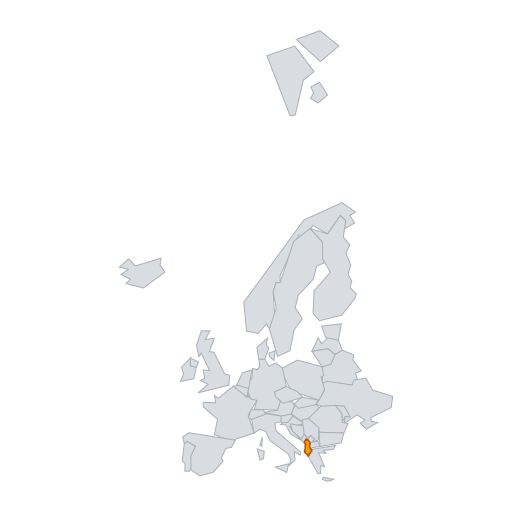 location of Albania within Europe
{"feature_id": "ALB", "entity_name": "Albania", "entity_type": "country or territory", "adm_level": 0, "iso_a3": "ALB", "parent_name": "Europe", "parent_adm1": "", "projection": "mercator", "projection_center": [20.103, 41.151], "detail": "fine", "context": "in_parent", "style": "filled", "palette": "amber", "viewbox_px": 512, "rotation_deg": 0, "n_neighbors": 37, "source": "natural_earth", "source_scale": "50m", "svg_char_len": 8707}
<svg xmlns="http://www.w3.org/2000/svg" viewBox="0 0 512 512"><path d="M266.9,55.7L294.7,46.1L314.0,71.6L303.3,80.2L295.2,115.1L290.1,115.8L266.9,55.7ZM354.6,223.1L343.9,229.0L345.7,220.6L340.3,215.6L327.6,233.9L312.7,225.4L306.9,236.7L298.9,234.9L280.1,275.5L280.2,282.7L276.0,282.6L273.2,291.5L274.8,318.4L269.4,329.0L266.5,323.9L258.2,333.4L246.6,331.2L243.8,302.2L304.0,219.9L342.1,202.6L355.4,212.0L349.9,215.4L354.6,223.1ZM338.9,45.9L320.3,61.6L296.3,39.4L319.8,30.7L338.9,45.9ZM327.5,94.9L318.0,103.0L310.5,98.4L313.5,93.2L310.9,86.7L319.7,82.5L327.5,94.9Z" fill="#d9dde1" stroke="#a8b0b8" stroke-width="1"/><path d="M233.3,386.2L257.0,400.3L248.2,414.8L254.1,433.1L230.4,440.9L214.5,434.6L217.5,419.2L203.5,407.1L203.1,402.4L215.7,402.7L214.4,395.3L218.4,398.2L233.3,386.2ZM259.8,445.2L262.4,437.0L261.8,446.4L259.8,445.2Z" fill="#d9dde1" stroke="#a8b0b8" stroke-width="1"/><path d="M269.4,329.0L276.2,308.2L273.2,291.5L276.0,282.6L280.2,282.7L293.8,241.2L310.2,228.5L322.5,242.1L324.0,263.0L316.7,266.0L313.3,279.2L298.3,295.1L295.2,307.8L302.3,318.7L294.0,330.1L290.0,350.7L277.5,356.3L269.4,329.0Z" fill="#d9dde1" stroke="#a8b0b8" stroke-width="1"/><path d="M342.2,350.2L353.6,354.9L353.1,360.4L361.3,370.9L355.4,372.9L357.5,379.7L352.2,385.0L322.4,383.3L322.2,366.9L330.9,364.2L335.0,354.4L342.2,350.2Z" fill="#d9dde1" stroke="#a8b0b8" stroke-width="1"/><path d="M371.2,421.4L377.6,422.5L366.4,429.1L360.3,423.3L365.1,420.2L357.0,414.9L344.3,423.5L345.1,416.6L350.0,416.7L344.2,406.1L328.1,408.5L316.3,404.1L324.1,391.1L322.4,383.3L326.8,381.2L352.2,385.0L353.8,380.1L365.8,378.1L372.6,390.0L392.6,396.5L391.2,407.5L370.9,417.6L371.2,421.4Z" fill="#d9dde1" stroke="#a8b0b8" stroke-width="1"/><path d="M322.2,366.9L323.6,375.6L321.0,377.0L324.6,389.2L319.2,400.2L291.2,391.1L282.3,373.5L282.5,368.0L297.4,360.1L322.2,366.9Z" fill="#d9dde1" stroke="#a8b0b8" stroke-width="1"/><path d="M294.6,406.0L290.5,415.1L284.7,416.6L262.8,412.5L277.5,410.2L280.3,401.2L292.6,401.8L294.6,406.0Z" fill="#d9dde1" stroke="#a8b0b8" stroke-width="1"/><path d="M316.3,404.1L319.0,407.6L311.8,417.3L300.9,420.7L291.3,414.0L294.6,406.0L316.3,404.1Z" fill="#d9dde1" stroke="#a8b0b8" stroke-width="1"/><path d="M335.5,405.4L344.2,406.1L350.0,416.7L345.1,416.6L342.4,422.4L341.9,414.3L335.5,405.4Z" fill="#d9dde1" stroke="#a8b0b8" stroke-width="1"/><path d="M342.4,422.4L348.2,423.5L343.8,433.0L320.0,432.3L308.4,418.5L320.8,406.2L335.5,405.4L341.9,414.3L342.4,422.4Z" fill="#d9dde1" stroke="#a8b0b8" stroke-width="1"/><path d="M335.0,354.4L330.9,364.2L322.2,366.9L311.9,351.2L328.1,348.6L335.0,354.4Z" fill="#d9dde1" stroke="#a8b0b8" stroke-width="1"/><path d="M338.4,340.1L342.2,350.2L335.0,354.4L328.1,348.6L311.9,351.2L318.2,337.9L321.5,343.7L329.4,336.1L338.4,340.1Z" fill="#d9dde1" stroke="#a8b0b8" stroke-width="1"/><path d="M341.3,323.8L338.4,340.1L325.8,337.5L321.6,326.2L341.3,323.8Z" fill="#d9dde1" stroke="#a8b0b8" stroke-width="1"/><path d="M282.5,368.0L286.3,386.5L274.5,392.1L280.3,401.2L277.5,410.2L254.3,409.2L257.0,400.3L250.9,399.1L248.2,393.0L248.0,381.4L251.6,378.8L252.7,368.5L257.1,369.7L259.9,366.1L258.8,359.3L264.7,359.1L269.0,366.2L275.7,362.9L282.5,368.0Z" fill="#d9dde1" stroke="#a8b0b8" stroke-width="1"/><path d="M318.7,429.9L320.0,432.3L343.8,433.0L341.4,442.8L320.0,446.6L318.7,429.9Z" fill="#d9dde1" stroke="#a8b0b8" stroke-width="1"/><path d="M334.1,479.3L327.5,481.3L322.4,479.4L323.2,477.2L334.1,479.3ZM311.8,449.4L335.5,445.4L333.2,449.5L323.2,450.3L326.2,453.4L318.6,452.7L324.6,466.9L320.7,465.5L320.8,473.4L318.0,473.5L308.1,456.2L311.8,449.4Z" fill="#d9dde1" stroke="#a8b0b8" stroke-width="1"/><path d="M292.9,416.2L304.9,423.9L289.4,426.4L300.9,440.1L290.6,434.2L285.8,424.9L280.5,424.5L292.9,416.2Z" fill="#d9dde1" stroke="#a8b0b8" stroke-width="1"/><path d="M263.3,409.8L266.6,416.3L253.5,420.6L248.2,417.6L251.2,409.7L263.3,409.8Z" fill="#d9dde1" stroke="#a8b0b8" stroke-width="1"/><path d="M247.1,393.3L248.9,397.4L246.7,397.0L247.1,393.3Z" fill="#d9dde1" stroke="#a8b0b8" stroke-width="1"/><path d="M248.7,388.5L246.7,397.0L233.3,386.2L243.7,384.0L248.7,388.5Z" fill="#d9dde1" stroke="#a8b0b8" stroke-width="1"/><path d="M251.9,370.0L248.7,388.5L236.7,384.9L242.6,372.8L251.9,370.0Z" fill="#d9dde1" stroke="#a8b0b8" stroke-width="1"/><path d="M184.3,443.5L187.5,441.3L195.5,446.4L190.8,456.2L192.8,464.6L189.3,471.2L184.8,471.1L185.1,463.6L182.2,461.0L184.3,443.5Z" fill="#d9dde1" stroke="#a8b0b8" stroke-width="1"/><path d="M191.0,469.9L190.8,456.2L195.5,446.4L187.5,441.3L184.3,443.5L182.7,437.0L188.8,432.7L235.3,440.2L231.5,447.3L226.0,448.4L221.4,457.9L223.1,461.0L213.5,472.1L199.8,475.9L191.0,469.9Z" fill="#d9dde1" stroke="#a8b0b8" stroke-width="1"/><path d="M196.3,367.2L193.8,378.6L180.3,381.6L183.7,374.4L181.5,367.1L190.5,358.0L190.5,365.9L196.3,367.2Z" fill="#d9dde1" stroke="#a8b0b8" stroke-width="1"/><path d="M266.9,413.8L281.2,416.1L281.7,421.7L274.9,423.0L276.0,430.7L300.6,452.1L300.2,455.2L294.2,451.6L295.0,460.1L289.1,465.5L291.0,459.8L288.0,453.8L270.1,440.8L265.9,431.7L260.3,429.1L254.1,433.1L251.6,419.3L266.9,413.8ZM275.3,467.1L288.5,463.8L286.7,472.4L275.3,467.1ZM257.2,448.8L264.2,451.3L263.6,458.6L260.0,460.1L257.2,448.8Z" fill="#d9dde1" stroke="#a8b0b8" stroke-width="1"/><path d="M264.7,359.1L258.8,359.3L256.9,347.4L267.5,338.1L266.1,344.7L268.9,348.0L264.7,359.1ZM275.1,350.6L273.9,360.5L269.5,356.3L268.9,353.2L275.1,350.6Z" fill="#d9dde1" stroke="#a8b0b8" stroke-width="1"/><path d="M196.3,367.2L190.5,365.9L190.5,358.0L198.6,362.3L196.3,367.2ZM209.5,370.6L201.2,353.1L198.9,356.7L196.5,345.5L201.3,330.8L209.9,330.8L205.3,339.5L214.3,338.4L209.4,351.7L213.8,352.2L224.6,373.9L229.7,375.2L228.8,385.2L198.1,392.8L208.1,384.3L200.3,380.4L204.7,378.3L203.2,369.9L209.5,370.6Z" fill="#d9dde1" stroke="#a8b0b8" stroke-width="1"/><path d="M161.0,258.3L160.1,265.1L164.9,272.1L143.4,288.0L126.0,283.6L130.2,279.3L121.0,274.4L128.3,269.5L119.4,267.1L128.7,258.8L135.3,265.9L161.0,258.3Z" fill="#d9dde1" stroke="#a8b0b8" stroke-width="1"/><path d="M281.2,416.1L291.3,414.0L292.9,416.2L287.6,422.6L280.8,422.3L281.2,416.1Z" fill="#d9dde1" stroke="#a8b0b8" stroke-width="1"/><path d="M345.7,220.6L343.3,237.2L349.8,244.8L345.9,253.1L350.8,265.1L348.0,273.9L351.8,281.2L350.0,287.5L356.3,294.0L354.7,298.7L341.7,315.1L319.6,320.7L313.1,313.2L314.0,290.9L330.4,272.2L322.6,259.0L322.5,242.1L310.2,228.5L327.6,233.9L340.3,215.6L345.7,220.6Z" fill="#d9dde1" stroke="#a8b0b8" stroke-width="1"/><path d="M318.3,399.9L315.4,404.8L298.4,408.3L294.2,403.8L301.3,397.2L318.3,399.9Z" fill="#d9dde1" stroke="#a8b0b8" stroke-width="1"/><path d="M286.3,386.5L297.1,391.5L302.6,397.2L283.4,403.3L275.7,396.8L274.5,392.1L286.3,386.5Z" fill="#d9dde1" stroke="#a8b0b8" stroke-width="1"/><path d="M301.4,439.1L292.4,431.0L290.3,423.9L304.8,426.1L305.1,433.8L301.4,439.1Z" fill="#d9dde1" stroke="#a8b0b8" stroke-width="1"/><path d="M317.6,441.0L320.0,446.6L310.0,448.0L310.7,442.6L317.6,441.0Z" fill="#d9dde1" stroke="#a8b0b8" stroke-width="1"/><path d="M302.5,419.8L308.4,418.5L318.9,427.8L318.3,440.2L314.1,441.5L310.9,435.5L308.6,438.2L304.1,434.1L302.5,419.8Z" fill="#d9dde1" stroke="#a8b0b8" stroke-width="1"/><path d="M307.8,439.5L304.8,443.6L300.9,440.1L304.1,434.1L307.8,439.5Z" fill="#d9dde1" stroke="#a8b0b8" stroke-width="1"/><path d="M310.0,443.7L307.8,439.5L310.2,435.8L315.0,438.9L310.0,443.7Z" fill="#d9dde1" stroke="#a8b0b8" stroke-width="1"/><path d="M304.7,443.6L304.7,443.3L304.7,442.9L304.7,442.7L304.8,442.5L304.6,442.1L304.4,441.9L304.6,441.4L304.9,440.9L305.2,440.5L305.5,440.0L305.8,439.6L306.0,439.3L306.2,439.1L306.3,439.2L306.4,439.4L306.3,439.9L306.4,440.0L306.6,440.1L306.9,440.1L307.2,440.0L307.7,439.7L307.9,439.9L308.2,440.4L308.5,440.9L308.9,441.1L309.2,441.3L309.5,441.6L309.7,441.9L309.9,442.8L309.9,443.3L309.9,443.6L309.6,444.5L309.7,445.0L309.7,445.3L309.4,445.6L309.5,446.3L309.5,446.6L309.5,447.0L309.9,447.8L310.1,448.1L310.5,448.9L310.6,449.1L311.2,449.0L311.4,449.1L311.5,449.2L311.6,449.4L311.5,449.8L311.7,450.1L311.8,450.4L311.8,450.6L311.7,451.0L311.5,451.4L311.2,451.5L310.9,451.6L310.7,451.9L310.6,452.2L310.5,452.5L310.4,452.7L310.3,453.3L310.2,453.5L309.7,453.7L309.4,453.7L309.2,453.8L309.1,454.0L308.9,454.2L308.8,454.4L308.9,454.7L309.1,455.0L309.0,455.3L308.8,455.2L308.7,455.3L308.7,455.6L308.6,455.8L308.3,456.0L308.0,456.0L307.7,455.8L307.6,455.7L307.4,455.2L307.3,454.8L306.8,453.9L305.3,452.9L304.9,452.5L304.7,452.2L304.6,451.8L304.9,451.9L305.1,452.0L305.2,451.9L305.1,451.5L304.7,450.6L304.6,450.4L304.8,449.7L305.2,448.9L305.2,447.9L305.3,447.2L305.1,446.7L305.1,446.1L305.3,445.4L305.5,445.2L305.7,444.9L305.7,444.1L305.2,443.7L304.7,443.6Z" fill="#f59e0b" stroke="#b45309" stroke-width="1.5"/></svg>